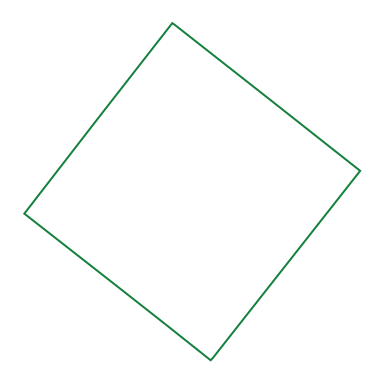 Cass, Iowa, United States of America, rotated 218°
{"feature_id": "52423323B96311963855013", "entity_name": "Cass", "entity_type": "district", "adm_level": 2, "iso_a3": "USA", "parent_name": "United States of America", "parent_adm1": "Iowa", "projection": "albers", "projection_center": [-94.938, 41.332], "detail": "fine", "context": "isolated", "style": "outline", "palette": "green", "viewbox_px": 384, "rotation_deg": 218, "n_neighbors": 0, "source": "geoboundaries", "source_scale": "gbopen_adm2", "svg_char_len": 288}
<svg xmlns="http://www.w3.org/2000/svg" viewBox="0 0 384 384"><g transform="rotate(218 192 192)"><path d="M73.7,70.9L73.4,74.5L72.5,312.2L192.3,312.8L309.2,313.1L311.5,312.9L311.4,192.3L310.8,71.7L192.9,71.6L133.2,71.4L73.7,70.9Z" fill="none" stroke="#15803d" stroke-width="2"/></g></svg>